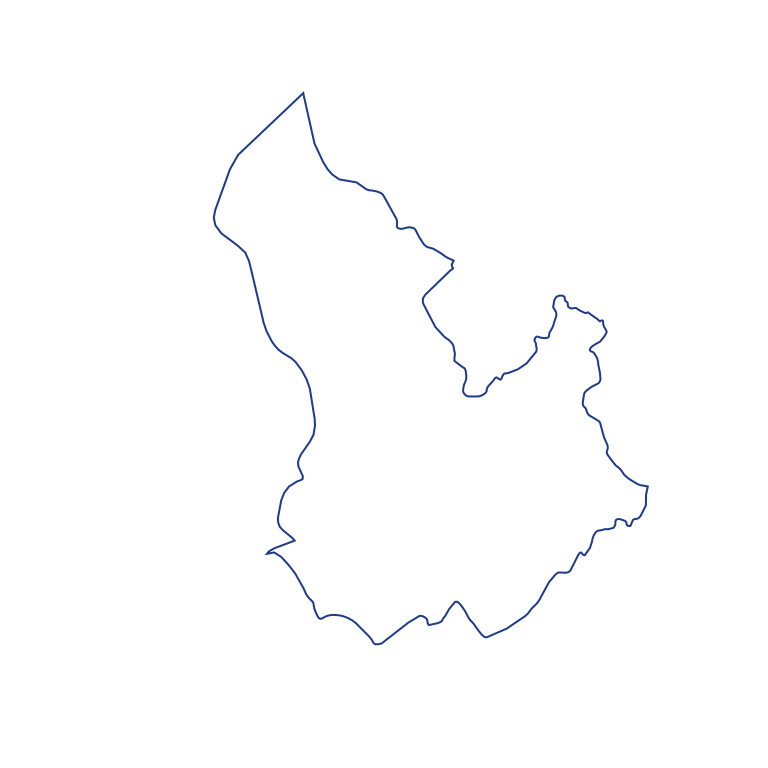 map outline of Faryab (Natural Earth projection), rotated 318°
{"feature_id": "AFG-1745", "entity_name": "Faryab", "entity_type": "Province", "adm_level": 1, "iso_a3": "AFG", "parent_name": "Afghanistan", "parent_adm1": "", "projection": "natural_earth1", "projection_center": [65.119, 36.214], "detail": "fine", "context": "isolated", "style": "outline", "palette": "blue", "viewbox_px": 768, "rotation_deg": 318, "n_neighbors": 0, "source": "natural_earth", "source_scale": "10m", "svg_char_len": 5482}
<svg xmlns="http://www.w3.org/2000/svg" viewBox="0 0 768 768"><g transform="rotate(318 384 384)"><path d="M358.2,216.7L365.9,202.5L368.8,193.6L367.9,183.3L363.9,163.3L364.9,153.1L368.9,146.4L375.0,141.8L413.3,121.3L428.9,116.1L518.7,113.8L517.5,115.7L493.2,158.9L487.3,178.3L485.8,186.5L485.7,190.3L485.8,194.0L487.6,201.9L498.5,215.8L501.0,226.9L501.6,228.3L503.0,230.6L504.6,232.2L507.5,236.1L508.8,238.6L509.7,240.8L509.8,242.3L509.7,243.4L508.3,249.8L506.4,257.8L503.8,269.3L503.2,270.7L501.9,272.7L500.7,273.7L499.1,275.4L498.6,276.4L498.7,277.4L499.3,278.6L500.2,279.8L501.5,280.9L506.9,283.8L508.1,284.9L509.2,286.2L510.3,288.1L510.6,289.3L510.6,290.3L508.4,298.5L507.1,306.8L507.3,309.1L507.8,311.1L511.1,316.4L513.7,324.7L515.0,330.6L515.9,333.3L518.3,338.9L514.0,340.7L513.0,342.7L512.9,344.0L512.4,344.4L511.8,344.4L509.4,344.0L474.4,345.3L470.3,346.4L469.2,347.4L467.6,349.3L466.8,351.0L460.3,375.9L460.4,388.2L460.6,390.3L460.9,392.0L461.4,393.4L461.7,395.0L461.8,397.0L461.7,400.0L461.3,401.7L460.6,403.0L458.9,405.6L457.4,408.3L456.7,409.2L455.0,410.8L454.1,411.4L451.8,414.0L453.4,422.9L454.4,426.3L454.1,427.5L453.3,429.3L450.5,433.1L449.2,434.5L448.1,435.5L447.2,436.1L443.0,438.1L439.6,440.6L438.3,441.9L437.5,443.1L437.2,444.4L437.1,445.7L437.2,447.0L437.5,448.1L437.9,449.0L439.0,450.3L440.1,451.3L446.3,456.8L449.9,458.2L452.5,458.5L453.9,458.5L455.1,458.2L457.2,456.5L459.2,455.5L467.7,454.6L470.0,454.0L471.0,454.0L471.8,454.2L472.2,454.8L472.4,455.5L472.7,457.3L473.3,458.5L474.0,458.8L474.7,458.7L476.8,457.6L478.9,456.9L480.0,456.8L480.8,457.0L482.6,458.3L483.7,459.0L493.5,462.7L503.7,464.1L518.2,461.9L519.3,461.5L520.1,460.9L521.6,459.2L522.7,457.2L523.8,455.8L524.2,455.1L524.4,454.4L524.5,453.5L524.9,452.6L525.5,451.8L527.1,451.0L528.2,450.8L529.0,450.9L529.6,451.4L530.2,452.1L531.2,454.0L532.2,455.3L533.7,457.0L535.8,458.7L537.0,459.2L537.9,459.2L538.6,458.8L540.7,457.0L541.4,456.6L547.4,454.6L549.3,453.6L553.0,451.2L556.5,449.4L557.3,448.9L558.0,448.3L558.7,447.5L559.4,446.7L559.9,445.6L560.3,444.4L560.8,441.9L561.0,440.2L566.4,435.8L569.7,434.7L571.2,434.8L572.5,435.2L573.7,435.9L574.9,436.9L575.8,438.0L576.3,439.1L576.4,440.0L576.2,440.5L574.7,442.6L574.5,443.2L574.5,443.6L574.8,445.8L574.8,446.4L574.5,446.9L574.0,447.7L573.3,448.4L572.8,449.4L572.6,450.6L573.5,452.9L574.6,454.0L576.5,455.1L577.2,455.7L577.7,456.3L578.6,460.2L580.7,465.3L581.2,466.0L581.8,466.7L583.2,467.0L583.6,467.3L583.8,468.1L583.9,469.3L586.1,478.9L586.1,481.0L586.3,481.6L586.4,481.9L587.0,482.0L587.7,482.1L588.7,482.7L589.0,483.3L588.7,484.0L587.0,486.1L586.3,487.6L585.7,489.2L585.2,492.1L584.7,493.5L584.3,494.4L583.9,494.6L580.2,495.9L573.0,497.1L567.4,495.8L563.6,495.3L562.6,495.4L561.4,495.5L559.9,496.2L559.5,497.1L559.6,498.1L560.6,500.0L560.8,501.3L560.6,502.9L559.8,506.9L559.0,508.8L557.8,511.0L556.7,512.2L552.0,520.1L547.9,525.5L545.3,526.8L544.2,526.9L543.1,526.8L536.5,525.0L529.8,524.4L527.8,524.6L526.2,525.2L519.5,530.6L518.2,532.1L517.5,533.4L517.5,535.0L517.6,536.8L517.5,537.3L517.2,538.2L516.1,540.6L515.5,542.6L515.5,543.5L515.5,544.1L515.7,545.1L518.4,554.0L518.8,555.7L518.8,556.4L518.8,556.9L518.3,558.0L511.8,570.9L509.1,579.1L508.1,580.6L506.9,581.8L504.0,583.6L503.3,584.5L502.9,585.5L502.2,592.0L501.7,599.4L502.6,604.4L502.5,606.9L501.8,611.8L502.0,614.8L502.7,618.8L505.1,627.0L505.9,629.0L506.8,630.7L511.5,636.6L504.6,641.7L497.9,648.9L496.8,649.7L486.3,653.8L483.2,654.0L481.5,653.2L480.6,652.6L479.7,651.9L478.9,651.7L477.8,651.7L474.1,653.5L473.5,653.7L473.0,653.9L472.6,654.2L472.1,654.2L471.4,653.8L470.3,652.6L470.1,651.6L470.4,650.7L471.3,649.3L471.6,648.6L471.6,647.7L471.4,646.8L469.3,642.9L468.5,641.8L467.4,640.8L466.2,640.4L465.0,640.4L463.6,641.4L462.0,643.1L461.2,643.6L458.7,644.4L458.0,644.3L454.1,642.3L453.3,641.8L451.3,640.0L450.1,639.2L447.4,637.9L445.3,636.4L443.7,635.9L441.6,635.9L437.9,637.1L435.0,638.8L433.3,640.2L427.4,643.6L419.8,645.3L419.1,645.6L418.6,645.6L418.2,645.3L417.7,644.1L417.7,643.0L417.8,642.0L417.7,641.2L417.3,640.7L416.1,640.6L414.2,640.9L398.2,647.2L396.7,647.4L395.2,647.2L392.9,646.0L388.0,641.2L386.6,640.5L384.4,640.3L374.2,641.6L358.0,647.3L355.7,648.3L350.6,649.4L343.5,649.7L337.2,650.9L333.3,650.9L311.5,647.9L291.2,641.1L290.0,640.3L289.4,639.1L288.9,635.7L289.1,631.3L290.2,621.7L290.1,617.5L290.3,614.9L292.3,606.9L293.1,601.0L293.2,597.7L292.9,595.1L291.2,593.5L281.9,594.8L274.1,597.4L271.8,597.7L267.8,598.9L266.2,598.5L263.9,597.7L256.1,593.2L256.3,591.1L257.7,589.2L258.0,588.6L258.5,587.4L258.5,586.1L258.2,584.7L257.6,583.0L256.7,581.5L255.3,580.1L242.3,577.6L208.5,575.2L206.3,573.9L205.2,573.2L204.2,572.3L203.3,571.4L203.0,570.3L203.0,568.9L203.7,566.3L203.9,564.1L204.0,561.5L203.1,543.1L202.3,538.6L200.5,533.4L197.7,528.3L195.1,525.0L191.5,521.4L189.4,519.8L187.4,518.7L184.6,517.5L182.2,517.1L180.7,516.6L179.4,515.8L179.0,513.8L179.6,510.8L181.8,504.5L185.0,499.4L185.3,498.1L185.0,492.6L185.5,488.0L187.4,482.4L191.2,465.4L192.0,455.1L191.9,443.5L189.6,435.6L183.4,431.9L186.7,431.4L192.6,432.7L212.8,440.6L212.9,437.3L211.0,424.9L211.0,420.2L212.8,416.0L215.5,412.6L229.5,401.9L237.0,398.1L244.9,396.6L253.7,398.1L257.2,399.5L259.8,400.2L261.9,398.4L265.3,387.8L267.8,384.6L271.1,382.5L275.0,380.8L290.6,377.2L297.7,374.5L304.8,368.8L309.1,363.6L325.8,337.8L329.6,328.7L332.0,319.0L333.0,308.6L332.5,303.1L329.5,293.1L328.5,287.7L328.5,282.4L329.2,277.0L331.9,266.6L335.4,258.2L358.2,216.7Z" fill="none" stroke="#1e3a8a" stroke-width="2"/></g></svg>